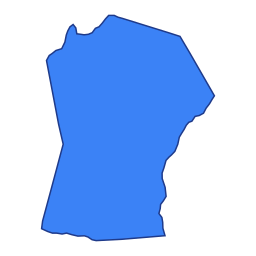 Frecheirinha, Ceará, Brazil (Equal Earth projection)
{"feature_id": "56859067B32169287325922", "entity_name": "Frecheirinha", "entity_type": "district", "adm_level": 2, "iso_a3": "BRA", "parent_name": "Brazil", "parent_adm1": "Ceará", "projection": "equal_earth", "projection_center": [-40.821, -3.711], "detail": "fine", "context": "isolated", "style": "filled", "palette": "blue", "viewbox_px": 256, "rotation_deg": 0, "n_neighbors": 0, "source": "geoboundaries", "source_scale": "gbopen_adm2", "svg_char_len": 990}
<svg xmlns="http://www.w3.org/2000/svg" viewBox="0 0 256 256"><path d="M46.5,60.5L58.6,124.2L63.2,144.2L56.8,168.2L50.4,192.1L42.6,221.0L41.6,228.7L47.7,231.5L52.4,233.1L56.6,233.1L62.1,234.0L66.6,233.1L71.9,234.7L77.9,236.1L84.4,235.8L88.0,237.0L92.0,239.7L96.1,240.6L121.5,239.3L165.0,235.7L162.9,228.3L162.7,222.3L161.9,217.5L158.9,213.5L160.2,208.7L160.6,204.4L163.3,200.9L166.1,196.4L165.1,187.3L162.2,178.6L162.1,173.1L163.9,167.9L166.0,160.4L168.9,157.2L171.5,154.9L174.9,151.3L177.8,144.2L179.3,137.2L181.5,133.5L184.1,129.4L186.3,125.2L188.8,122.3L191.9,121.2L195.1,116.4L199.3,115.5L203.5,113.2L206.1,108.2L209.6,103.6L212.0,99.5L214.4,95.8L190.2,53.7L180.0,36.4L169.1,32.9L122.1,18.3L118.0,17.2L114.2,15.4L108.7,15.4L105.4,19.0L102.3,23.1L99.0,26.8L95.4,28.3L92.2,32.7L88.4,34.3L84.1,34.8L80.8,34.3L76.8,33.8L75.8,27.9L73.1,24.5L70.0,26.8L67.8,30.9L66.3,35.0L64.9,42.1L61.7,48.7L55.9,50.5L52.0,53.6L49.2,55.5L46.5,60.5Z" fill="#3b82f6" stroke="#1e3a8a" stroke-width="1.5"/></svg>